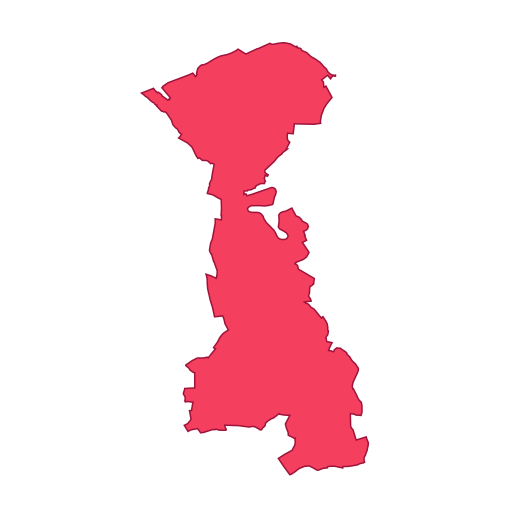 Ogra, Mures, Romania (Natural Earth projection), rotated 5°
{"feature_id": "2599482B93803341690791", "entity_name": "Ogra", "entity_type": "district", "adm_level": 2, "iso_a3": "ROU", "parent_name": "Romania", "parent_adm1": "Mures", "projection": "natural_earth1", "projection_center": [24.323, 46.44], "detail": "fine", "context": "isolated", "style": "filled", "palette": "rose", "viewbox_px": 512, "rotation_deg": 5, "n_neighbors": 0, "source": "geoboundaries", "source_scale": "gbopen_adm2", "svg_char_len": 6101}
<svg xmlns="http://www.w3.org/2000/svg" viewBox="0 0 512 512"><g transform="rotate(5 256 256)"><path d="M318.0,463.7L323.1,461.1L324.7,461.1L326.9,460.4L331.5,462.1L334.7,463.7L336.4,464.1L341.3,461.7L345.6,460.8L345.9,459.5L348.9,458.9L353.0,458.6L360.9,459.6L360.9,458.2L366.7,457.5L372.9,455.9L375.9,455.0L376.8,454.2L380.0,452.9L381.1,452.8L382.2,451.8L381.8,451.2L381.2,448.5L381.3,447.2L382.4,444.7L382.7,443.0L383.5,440.5L384.3,434.1L384.1,432.1L382.0,428.0L381.6,426.6L371.8,430.6L368.1,421.4L367.5,420.3L366.1,419.2L365.4,418.0L365.1,416.9L363.7,404.8L367.8,405.0L369.0,405.7L374.5,405.7L375.2,402.1L374.6,395.8L373.6,392.5L371.4,390.7L369.9,388.8L369.0,387.0L365.4,381.1L364.5,379.8L364.0,379.9L363.3,377.7L363.3,376.2L363.8,373.0L367.2,363.6L367.9,360.9L367.8,359.0L364.5,354.9L361.1,352.2L359.6,350.4L358.3,348.4L355.1,345.9L355.0,345.0L354.6,344.4L354.2,344.3L353.4,343.5L349.8,341.7L348.4,340.6L344.5,340.5L342.2,342.6L342.0,343.8L341.6,344.6L339.9,344.3L339.5,344.0L336.5,343.8L337.9,339.2L339.3,335.7L334.3,335.1L333.7,334.4L332.8,330.8L334.4,328.0L334.7,324.5L333.9,323.3L333.7,320.8L332.9,317.7L331.9,315.7L328.0,310.6L327.1,311.3L327.0,312.1L326.6,312.2L318.4,303.8L315.3,302.3L314.3,301.4L312.9,299.8L311.7,299.1L309.3,298.4L308.2,297.7L310.4,297.0L314.8,296.2L314.7,295.5L313.8,293.7L311.8,291.4L312.5,288.2L312.3,283.3L312.4,281.8L314.2,280.6L315.2,279.2L315.8,279.0L316.0,273.3L299.2,265.3L298.7,263.0L298.1,261.8L297.1,260.9L295.4,260.4L295.4,260.0L296.7,258.7L303.1,255.5L304.4,254.5L306.5,252.4L308.5,247.9L307.7,246.7L301.0,238.4L305.0,236.0L302.6,231.3L303.1,231.1L301.2,227.2L303.2,226.3L305.1,224.3L305.3,222.6L305.7,222.2L304.5,219.8L303.3,219.0L298.9,217.1L298.1,215.6L295.8,213.7L292.3,212.5L287.5,205.1L281.6,208.8L279.3,209.4L276.8,210.7L275.8,211.8L275.2,213.1L276.0,219.9L275.7,225.1L277.0,226.9L282.1,229.1L284.4,230.4L286.0,232.6L286.2,233.5L285.5,235.5L284.6,236.4L282.7,237.1L280.2,237.3L278.0,236.9L276.8,236.2L275.4,234.8L273.3,231.1L271.6,228.8L263.2,221.6L260.7,218.3L259.6,215.7L257.3,213.5L255.2,212.5L252.4,212.5L248.2,212.9L246.6,212.7L244.7,212.1L244.2,211.6L243.4,209.8L243.5,209.3L244.5,207.9L246.2,206.6L247.1,206.3L255.3,205.5L260.4,205.4L264.4,204.5L268.0,203.2L268.3,202.8L269.2,196.1L270.2,192.9L270.4,191.2L270.5,190.2L270.2,189.2L269.3,187.5L267.7,186.6L265.8,186.3L246.8,194.8L241.7,196.8L240.8,195.1L239.8,195.1L238.6,195.7L238.5,193.7L238.6,192.2L241.9,191.8L242.3,191.0L245.4,190.4L247.8,188.8L248.8,188.7L249.4,188.0L249.4,187.3L249.7,186.5L250.2,186.2L250.8,185.3L252.1,184.9L252.7,184.2L253.6,184.0L254.2,183.5L258.1,183.1L258.2,181.7L258.9,180.9L257.5,178.1L257.9,176.7L257.8,175.4L258.1,174.7L260.2,175.6L260.5,175.4L261.1,174.1L258.6,172.8L257.8,172.0L257.5,171.7L257.4,169.7L265.8,160.4L268.9,155.7L273.2,151.7L273.5,150.7L277.9,146.8L276.8,146.9L279.7,139.7L278.2,138.6L277.2,137.2L276.7,134.3L276.7,130.9L282.4,131.0L282.7,121.0L302.4,119.7L308.8,118.2L308.4,116.1L308.8,110.4L310.8,103.1L313.2,98.3L317.9,91.4L310.8,80.6L309.1,82.1L308.8,81.5L308.1,77.3L307.7,76.5L306.1,74.8L311.5,69.7L314.8,73.0L315.8,71.2L317.2,69.6L319.1,70.1L319.5,69.9L319.4,68.9L318.1,69.2L315.6,68.9L314.2,68.3L312.1,66.8L310.7,65.1L309.9,63.6L307.4,61.8L303.3,57.8L298.1,54.7L293.3,52.5L288.7,48.9L284.1,47.4L283.4,46.8L282.5,45.4L278.7,44.8L278.7,43.8L278.5,43.5L277.3,44.0L276.7,44.0L272.0,41.8L266.8,41.1L264.4,41.2L260.3,42.0L254.2,43.7L252.0,43.4L251.4,42.9L240.5,49.0L239.2,49.4L228.3,55.7L220.1,51.5L218.3,53.1L214.1,55.8L209.6,57.9L203.7,59.7L199.8,61.7L195.5,64.6L190.6,68.3L186.5,70.4L186.1,70.2L185.1,70.4L183.6,71.7L181.6,74.3L180.8,79.3L181.5,80.2L180.1,82.5L177.1,79.3L172.8,81.7L153.4,91.0L148.4,95.1L148.7,95.6L147.6,96.6L156.9,105.9L155.6,107.3L156.1,107.8L154.4,108.5L153.4,107.6L148.3,104.6L148.0,103.6L145.9,102.2L144.2,101.3L143.5,102.0L140.6,99.5L139.3,97.9L127.7,103.7L130.2,105.2L132.4,106.9L133.8,107.4L137.4,110.5L139.9,112.0L141.0,112.3L142.2,113.7L144.1,114.3L144.1,114.6L143.7,115.0L148.6,119.4L149.3,119.9L150.8,120.1L151.2,120.5L153.2,120.4L154.7,121.6L159.9,128.1L161.6,132.1L162.5,133.2L164.9,135.4L166.5,136.3L167.6,137.7L168.3,139.1L169.5,140.2L171.3,141.1L169.8,143.8L168.6,145.2L178.0,149.4L182.5,152.9L183.8,154.8L187.5,161.2L189.7,163.9L191.2,163.2L194.3,165.5L195.6,165.3L199.4,165.3L202.8,168.0L204.0,167.4L206.4,168.3L205.4,176.9L205.0,183.8L204.2,185.4L203.4,187.9L203.4,188.6L203.8,189.6L202.8,192.6L202.9,194.0L202.1,197.0L202.1,198.0L206.2,198.5L208.2,199.1L214.4,202.0L216.4,202.6L217.5,212.0L217.7,218.9L218.2,219.0L218.4,223.0L212.1,222.5L212.5,226.6L212.1,231.7L211.0,242.8L209.7,247.0L209.1,254.1L209.6,255.6L211.1,258.0L211.5,257.9L213.9,264.2L214.4,265.3L214.6,265.2L218.7,274.3L218.8,277.5L218.3,281.7L212.6,279.6L207.8,278.5L209.0,281.7L209.6,284.9L209.7,286.8L210.7,292.8L214.3,304.0L217.2,311.1L220.0,320.2L228.2,318.6L228.7,320.0L229.3,320.8L231.0,326.1L234.9,332.1L230.8,335.3L229.1,337.2L227.0,340.5L225.1,345.2L221.7,350.9L222.8,351.8L223.7,352.0L217.1,361.8L216.1,361.0L213.0,362.1L206.3,362.8L201.5,365.8L195.6,370.7L195.6,371.3L198.7,373.4L200.5,375.6L203.9,377.5L205.1,377.5L206.5,392.9L204.1,393.1L196.5,394.2L196.5,395.3L195.6,399.0L195.8,400.0L197.4,402.1L197.9,403.9L197.8,405.2L198.0,405.7L197.7,406.6L198.0,407.2L198.5,407.6L199.6,407.0L200.5,407.1L202.1,406.9L205.1,407.2L205.9,407.0L205.2,415.6L203.2,415.8L205.5,424.1L205.0,425.3L202.5,429.0L199.3,430.9L203.6,436.7L206.0,435.0L212.8,433.0L216.3,437.0L219.5,436.2L227.6,432.8L230.5,432.5L231.4,432.0L234.3,432.7L241.2,432.2L241.5,431.2L240.3,429.6L239.6,427.3L253.2,426.5L264.2,427.0L267.1,426.0L270.9,426.5L271.4,427.0L273.3,427.6L274.5,428.6L276.1,428.8L276.7,428.6L277.7,426.6L279.5,424.8L280.0,423.6L280.0,422.0L280.4,421.3L282.6,419.0L285.2,417.0L287.9,415.6L292.7,411.0L293.3,411.6L298.3,412.0L303.6,411.8L299.9,420.8L301.3,424.8L303.4,429.0L303.8,431.8L307.9,433.3L310.5,434.6L311.0,434.2L310.8,435.9L311.3,437.4L311.3,439.5L310.8,442.1L310.2,443.0L309.0,446.3L302.0,451.0L295.9,455.7L301.5,462.6L308.7,470.9L309.9,470.5L314.3,467.0L315.8,465.4L318.0,463.7Z" fill="#f43f5e" stroke="#9f1239" stroke-width="1.5"/></g></svg>